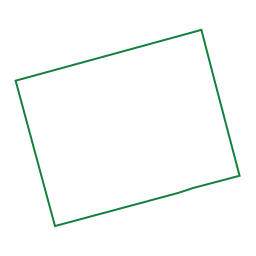 the district of Hanson, South Dakota, United States of America, rotated 75°
{"feature_id": "52423323B35653525387380", "entity_name": "Hanson", "entity_type": "district", "adm_level": 2, "iso_a3": "USA", "parent_name": "United States of America", "parent_adm1": "South Dakota", "projection": "equal_earth", "projection_center": [-97.772, 43.675], "detail": "fine", "context": "isolated", "style": "outline", "palette": "green", "viewbox_px": 256, "rotation_deg": 75, "n_neighbors": 0, "source": "geoboundaries", "source_scale": "gbopen_adm2", "svg_char_len": 253}
<svg xmlns="http://www.w3.org/2000/svg" viewBox="0 0 256 256"><g transform="rotate(75 128 128)"><path d="M53.2,224.3L203.8,223.9L203.7,97.0L202.8,79.9L203.0,32.6L101.0,32.1L52.2,31.7L53.2,224.3Z" fill="none" stroke="#15803d" stroke-width="2"/></g></svg>